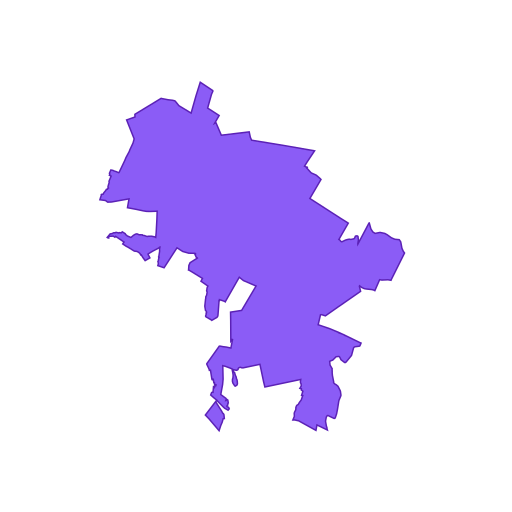 the district of Crucea, Constanta, Romania, rotated 327°
{"feature_id": "2599482B22418469262787", "entity_name": "Crucea", "entity_type": "district", "adm_level": 2, "iso_a3": "ROU", "parent_name": "Romania", "parent_adm1": "Constanta", "projection": "mercator", "projection_center": [28.187, 44.537], "detail": "fine", "context": "isolated", "style": "filled", "palette": "violet", "viewbox_px": 512, "rotation_deg": 327, "n_neighbors": 0, "source": "geoboundaries", "source_scale": "gbopen_adm2", "svg_char_len": 6102}
<svg xmlns="http://www.w3.org/2000/svg" viewBox="0 0 512 512"><g transform="rotate(327 256 256)"><path d="M129.9,382.4L134.1,379.0L137.1,377.0L139.8,374.6L140.9,375.1L142.7,371.6L142.8,370.5L142.5,370.1L142.7,366.8L142.8,356.3L144.5,355.8L146.4,365.1L146.8,366.6L148.5,369.9L148.6,370.1L150.3,369.6L150.6,368.1L150.3,367.4L149.9,367.0L149.6,366.5L149.8,366.1L150.3,365.7L151.2,365.6L151.9,364.5L152.7,364.2L153.9,361.5L153.6,360.7L152.1,360.9L151.9,360.8L152.9,360.1L153.3,359.2L151.0,353.0L158.0,345.6L161.3,341.4L168.4,329.9L170.1,331.7L173.4,336.1L173.4,336.3L174.4,337.5L172.9,341.4L171.9,343.5L170.4,345.5L169.1,346.6L168.0,348.2L167.4,350.0L167.4,352.3L167.5,353.6L167.8,353.9L169.7,353.9L170.8,353.1L172.1,350.8L172.7,349.3L172.8,348.2L173.5,346.7L173.6,345.6L173.9,344.1L174.6,342.0L174.0,341.0L175.1,338.9L177.3,341.2L178.5,341.5L179.1,341.4L180.0,340.5L180.7,340.4L182.1,340.7L182.7,341.3L183.0,341.9L184.3,342.8L200.3,349.0L193.8,365.8L192.1,370.7L226.3,383.9L224.8,385.6L224.3,386.5L224.2,387.8L223.2,389.6L220.7,390.9L221.8,392.0L221.0,393.0L221.7,394.9L218.3,397.7L219.2,398.5L215.5,401.4L212.7,402.4L210.6,403.5L208.8,403.5L207.9,404.0L206.8,404.9L206.1,406.0L205.3,406.8L203.2,408.0L202.4,408.7L200.8,411.4L197.6,413.6L199.2,414.6L201.2,416.7L201.8,417.1L211.3,434.9L215.1,430.9L221.1,440.8L221.5,439.5L222.0,438.6L222.4,437.0L224.2,432.7L224.8,431.9L227.2,429.4L228.8,428.7L229.4,428.9L229.8,429.4L230.5,430.7L233.0,434.7L233.7,435.1L234.7,434.6L237.6,432.3L240.8,429.0L246.2,423.0L246.9,422.3L251.1,419.4L251.5,418.9L253.1,415.5L253.3,414.7L253.8,410.1L253.8,409.8L253.1,407.5L252.6,406.7L252.4,406.1L252.1,404.9L252.2,404.3L252.6,403.9L254.6,398.9L254.9,398.1L256.3,395.4L256.8,394.7L258.2,392.3L258.5,392.0L258.7,387.8L260.4,384.5L261.3,384.6L263.7,385.1L268.3,384.1L270.3,385.1L270.9,385.5L271.1,385.9L271.1,386.7L270.8,389.3L272.3,393.6L272.8,394.0L273.8,394.0L281.7,391.5L282.1,391.3L287.9,386.1L288.9,385.9L289.5,386.0L293.5,387.9L294.0,388.0L294.4,387.8L296.5,386.4L296.7,386.1L296.2,385.6L288.1,372.1L287.7,371.6L287.8,371.6L286.8,369.9L284.9,367.0L284.7,367.0L284.0,366.0L284.3,366.0L278.6,357.6L270.7,347.5L278.1,340.4L278.5,340.5L279.4,341.3L281.6,344.0L297.9,343.4L299.1,343.4L324.5,342.6L326.2,337.7L326.6,337.4L327.5,339.8L328.6,341.7L329.3,342.6L330.5,343.7L334.9,347.3L336.2,348.7L336.8,349.8L346.8,343.2L348.4,344.7L353.7,347.8L356.0,349.9L356.2,349.7L382.2,334.4L382.1,332.2L382.6,329.0L384.5,324.4L385.1,322.8L385.0,320.3L381.6,317.6L380.5,316.0L379.4,314.3L377.6,309.6L376.3,307.2L372.9,303.8L368.2,301.9L367.1,299.5L367.1,296.3L367.2,295.6L369.0,290.0L368.7,289.9L347.9,301.5L348.1,301.1L350.6,298.4L352.2,295.1L352.0,294.5L351.6,294.0L350.8,293.8L350.4,293.5L350.1,293.5L348.6,294.6L347.5,294.9L344.6,293.8L343.4,292.7L341.5,291.9L339.8,291.4L336.0,290.9L335.5,290.6L335.1,289.8L334.9,287.9L334.5,287.3L351.3,278.7L347.5,270.5L332.5,237.1L352.2,227.2L351.9,225.7L350.6,221.1L349.8,219.8L347.9,216.9L347.5,216.1L346.5,209.9L347.3,209.6L347.2,209.1L346.7,209.1L345.6,207.1L350.3,204.9L362.4,199.7L338.4,177.4L315.4,156.5L315.9,153.4L317.9,148.2L292.7,135.8L295.0,122.5L294.7,122.3L293.6,122.2L301.6,118.1L299.7,113.8L296.0,105.6L306.7,96.2L309.7,94.2L309.8,93.9L309.8,93.6L303.9,79.9L293.0,88.9L279.4,100.8L273.2,87.9L272.6,82.1L272.3,81.5L270.9,80.0L267.4,77.1L262.8,72.7L262.3,72.1L231.6,71.2L230.2,73.5L221.6,71.4L217.6,91.4L214.6,94.1L213.4,94.9L207.6,98.5L207.0,99.1L200.6,102.6L198.0,104.4L186.6,111.4L186.2,111.3L185.8,110.8L184.8,109.2L183.3,107.4L182.6,106.2L181.1,104.8L178.1,106.8L178.0,107.8L177.0,108.4L178.0,110.1L173.6,113.1L173.2,113.6L173.0,114.3L170.6,116.3L169.4,117.5L169.3,118.6L168.6,118.6L167.7,119.1L166.9,118.6L166.7,118.7L165.4,119.3L162.8,120.1L161.5,120.9L160.1,120.2L159.7,120.2L159.3,120.9L157.6,122.2L155.7,123.8L160.0,127.5L160.9,130.0L164.2,132.0L180.6,138.9L174.5,145.5L180.9,151.6L186.0,156.7L188.4,158.9L191.3,160.9L197.5,164.6L192.9,171.2L184.8,182.3L182.0,185.8L181.4,184.7L179.2,182.5L176.3,180.7L176.0,180.7L175.5,180.4L174.9,179.9L173.6,178.1L172.2,176.9L172.2,176.3L169.5,174.5L168.5,172.9L167.7,172.3L166.6,172.0L164.5,171.9L161.7,172.3L161.2,172.3L159.6,170.0L159.4,169.6L159.0,169.2L158.9,168.8L158.8,168.2L158.4,167.3L158.4,166.9L158.5,166.2L158.2,165.7L158.3,165.6L157.0,162.9L155.6,163.2L154.0,161.9L153.5,162.0L151.5,159.9L150.5,159.8L149.1,158.9L147.7,158.9L145.7,158.0L141.3,159.4L141.7,160.2L142.3,160.7L142.9,159.8L143.4,159.6L143.7,159.6L147.1,161.6L147.9,163.4L149.0,163.1L152.9,172.4L150.8,173.3L152.4,177.1L153.5,179.0L156.6,185.6L158.5,187.2L159.1,188.1L159.9,190.0L160.0,190.7L159.9,192.4L160.4,192.5L160.3,195.8L160.5,199.5L166.0,199.8L166.3,196.5L166.4,195.8L166.6,195.5L172.3,195.7L178.6,196.3L180.1,196.1L180.3,196.2L179.0,197.5L177.7,199.6L174.4,203.3L173.8,203.7L173.8,203.9L174.0,204.3L173.4,204.6L173.1,205.1L172.4,205.7L171.5,206.8L170.8,207.1L170.8,207.3L169.8,209.4L168.4,210.6L172.5,215.8L194.2,206.1L197.0,212.3L201.1,217.0L206.1,220.4L205.9,220.7L206.4,221.0L206.5,221.3L206.3,221.5L205.6,221.9L205.2,224.7L205.7,225.5L205.7,225.8L197.1,225.7L194.6,227.3L191.8,231.0L192.0,231.1L198.9,245.6L196.1,247.2L199.3,255.0L197.7,256.0L196.8,257.0L196.2,257.8L195.6,258.3L195.4,259.6L194.8,260.3L193.2,262.0L191.6,262.9L190.9,264.0L190.1,264.8L185.8,270.1L185.4,270.9L184.5,273.0L184.0,274.0L184.2,275.3L184.0,276.1L183.6,276.6L183.0,276.7L182.9,277.4L181.0,278.9L180.9,279.4L180.9,279.8L183.9,285.7L183.9,285.9L189.8,286.2L190.7,285.9L191.2,285.6L191.8,285.0L196.4,279.0L200.7,273.3L201.0,273.5L201.6,272.7L205.1,277.1L205.2,277.7L230.4,264.7L232.1,269.8L239.7,281.2L214.3,293.8L204.1,289.2L199.4,296.7L188.5,313.7L190.5,312.9L190.8,313.3L184.8,319.5L181.5,316.2L179.1,314.2L176.8,312.0L176.1,311.6L156.1,319.5L155.8,319.9L155.0,325.5L154.6,326.5L155.6,327.0L152.0,335.1L152.3,335.2L152.0,336.0L153.0,336.2L151.6,339.3L152.1,339.6L151.3,341.2L152.3,342.1L151.7,342.9L150.6,342.5L150.1,343.3L149.6,343.5L149.9,342.7L149.3,342.3L145.7,346.9L145.1,346.4L144.3,346.4L142.3,347.9L143.4,351.9L144.6,355.5L126.9,361.8L127.9,367.0L129.9,382.4Z" fill="#8b5cf6" stroke="#5b21b6" stroke-width="1.5"/></g></svg>